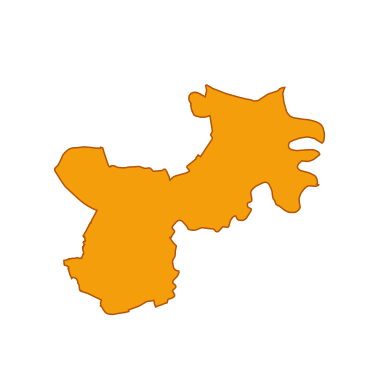 Crisan, Tulcea, Romania (orthographic projection), rotated 250°
{"feature_id": "2599482B40183957556605", "entity_name": "Crisan", "entity_type": "district", "adm_level": 2, "iso_a3": "ROU", "parent_name": "Romania", "parent_adm1": "Tulcea", "projection": "orthographic", "projection_center": [29.376, 45.1], "detail": "fine", "context": "isolated", "style": "filled", "palette": "amber", "viewbox_px": 384, "rotation_deg": 250, "n_neighbors": 0, "source": "geoboundaries", "source_scale": "gbopen_adm2", "svg_char_len": 5989}
<svg xmlns="http://www.w3.org/2000/svg" viewBox="0 0 384 384"><g transform="rotate(250 192 192)"><path d="M122.2,152.6L123.3,150.8L124.8,149.5L126.4,148.9L127.5,148.9L131.4,149.4L133.6,150.0L135.3,151.5L137.2,153.8L139.5,155.1L142.2,156.1L146.4,158.7L146.9,158.8L151.1,156.9L154.4,156.0L156.8,155.7L156.4,156.9L157.9,158.5L160.3,161.7L160.8,162.1L161.5,162.2L164.4,161.2L165.3,161.1L165.7,161.3L166.9,162.8L169.2,166.9L169.8,168.8L169.8,170.2L168.8,172.1L168.1,172.6L166.6,173.4L162.2,175.1L160.8,175.5L158.5,175.7L157.9,176.1L155.7,179.8L155.3,181.3L155.0,183.5L155.2,188.3L154.9,189.6L152.1,194.8L150.4,198.6L149.8,199.6L148.7,200.2L147.2,200.6L146.3,201.4L145.8,202.7L146.0,203.5L148.6,208.7L148.7,209.3L146.9,213.0L146.7,213.7L146.9,214.6L150.5,217.2L152.5,218.9L153.7,220.6L154.5,222.1L154.9,223.9L154.8,224.6L154.4,224.9L151.8,225.1L150.8,225.4L150.0,225.9L149.4,226.7L148.2,229.2L147.9,230.3L148.1,232.2L148.9,234.3L154.1,240.9L155.1,241.7L156.3,241.7L157.4,240.3L159.0,239.3L161.3,239.7L162.0,240.1L162.6,240.7L162.7,241.8L162.6,243.2L162.8,244.2L163.2,245.0L164.2,245.5L165.9,246.0L170.6,246.7L171.8,247.3L172.8,248.1L173.6,249.2L174.6,251.2L175.5,253.8L175.9,256.2L176.2,259.5L176.4,262.0L176.3,263.8L175.6,265.2L174.9,265.9L174.4,266.3L172.5,267.1L167.8,267.5L165.1,267.4L160.8,266.3L157.8,266.0L155.9,266.7L151.6,266.8L149.9,267.9L149.7,268.5L149.1,269.1L143.2,272.8L140.7,275.1L139.4,276.8L137.7,281.5L137.6,282.7L138.1,284.7L138.5,285.8L139.6,287.5L140.5,288.2L141.7,288.7L144.1,289.0L147.8,289.9L149.8,290.7L153.6,293.9L156.0,297.5L157.2,299.9L157.8,301.6L157.9,303.9L155.7,308.7L155.0,310.6L155.0,312.9L155.4,313.5L156.7,312.0L157.0,312.7L157.8,313.1L161.3,313.8L163.4,313.6L164.9,313.2L166.3,312.1L169.7,309.0L175.3,300.9L177.8,299.6L179.5,299.6L180.7,300.3L182.1,302.0L183.7,305.7L181.4,310.6L180.9,312.8L180.8,315.5L181.2,318.2L183.4,324.7L184.4,325.0L186.5,324.4L188.4,322.7L190.1,320.5L192.1,315.2L195.1,304.4L197.5,300.3L199.6,298.4L201.6,298.3L202.6,298.5L204.0,299.3L205.4,300.7L205.7,302.6L205.9,305.0L205.8,311.6L204.5,318.6L203.2,321.2L200.4,325.4L193.5,330.8L194.2,332.5L195.7,333.7L199.0,335.4L202.3,336.5L207.3,337.0L209.9,336.6L211.0,336.3L213.2,334.9L215.3,332.9L218.5,328.6L220.4,325.4L223.0,320.0L227.2,312.6L229.6,310.1L234.0,308.5L236.0,308.4L245.0,309.1L253.2,310.9L256.5,313.1L258.5,315.0L258.9,313.7L259.1,311.6L259.0,309.8L258.0,308.2L257.7,306.5L258.0,297.0L255.8,287.5L255.2,285.9L256.3,281.0L257.8,279.7L259.7,276.8L260.0,276.0L264.5,269.2L272.8,257.6L282.1,247.0L287.6,242.4L287.4,241.3L282.5,240.5L276.9,237.0L279.9,234.4L280.4,233.7L281.2,233.5L282.2,232.2L283.1,231.6L283.7,230.4L283.9,230.4L284.3,230.0L284.2,229.3L284.8,228.8L285.2,226.9L285.0,226.6L285.1,225.0L283.9,223.0L283.1,222.1L281.3,221.2L279.8,220.7L278.2,220.7L277.2,220.9L276.8,221.2L275.8,221.1L275.6,221.3L274.8,221.1L273.6,220.3L273.0,220.4L270.0,219.8L268.0,219.9L267.7,219.7L267.3,220.0L266.7,219.8L265.4,220.1L264.1,220.1L263.3,220.5L261.6,222.1L261.1,223.3L260.3,224.2L259.2,226.0L259.0,227.0L258.3,228.5L257.8,230.8L257.6,234.7L257.1,234.9L242.3,232.0L241.8,231.8L239.7,229.3L239.2,229.0L235.8,229.7L235.3,229.6L222.3,212.1L224.7,210.5L224.7,210.3L224.4,209.8L223.8,209.6L223.1,207.7L221.7,207.1L218.0,196.2L217.0,195.6L216.5,195.7L212.7,197.0L212.1,195.6L211.9,192.2L212.7,182.3L212.6,180.1L211.7,177.5L210.6,175.3L210.8,175.2L214.7,175.8L216.2,175.5L219.3,175.4L222.4,174.7L223.0,173.5L223.0,173.1L222.6,172.4L222.5,170.8L224.6,163.0L225.2,162.4L227.2,161.7L228.7,160.8L229.2,160.2L230.1,156.4L230.7,155.2L234.2,150.9L235.5,146.0L236.3,143.8L237.4,139.5L237.4,138.4L238.3,135.3L240.7,130.3L241.4,129.5L242.9,128.3L244.0,126.2L244.2,125.6L243.8,124.6L244.1,124.2L243.6,123.6L244.8,122.6L245.9,122.5L258.5,122.8L264.0,123.2L264.6,122.7L264.9,121.5L264.7,121.2L265.1,121.1L264.7,120.8L264.8,120.0L265.6,118.1L265.9,117.9L265.8,117.2L268.8,111.5L271.3,106.0L273.0,99.0L274.2,95.0L274.4,92.9L274.2,90.7L273.8,89.2L272.2,85.4L271.2,83.8L270.5,83.0L265.9,78.5L263.5,75.9L262.6,74.6L261.5,71.8L260.9,71.1L259.7,70.5L257.9,70.6L245.5,73.3L240.9,74.6L235.9,77.0L223.6,83.4L218.5,86.4L214.0,89.8L210.9,92.5L209.1,94.3L207.4,96.4L205.6,94.7L200.2,88.6L199.4,87.8L199.1,87.7L199.0,87.4L198.6,87.1L198.2,87.0L197.8,86.5L198.0,86.1L197.2,86.1L197.3,85.6L197.1,85.2L196.9,85.6L196.9,85.0L195.7,83.4L195.2,83.3L194.1,81.6L193.6,81.4L192.7,80.2L191.6,79.3L191.4,78.8L188.3,75.2L188.3,74.9L187.6,74.8L187.9,75.2L186.9,74.8L186.5,75.2L186.6,75.4L186.3,75.6L186.2,75.8L183.6,75.1L183.1,75.2L182.8,74.8L182.1,74.7L182.1,74.4L182.5,73.8L182.5,73.3L181.9,72.5L181.3,72.7L180.3,72.5L179.4,72.9L179.4,72.6L178.9,72.6L179.1,72.5L178.9,72.3L178.8,72.0L178.0,71.6L178.0,71.1L177.7,70.9L177.8,70.5L177.4,70.3L177.1,70.5L177.3,70.6L177.1,70.7L176.9,70.6L176.7,70.1L174.1,69.5L173.1,69.7L171.5,69.1L170.7,68.7L170.7,68.1L167.5,65.7L167.4,65.6L167.9,64.9L168.0,63.7L169.6,61.8L169.8,59.0L170.8,56.4L170.6,55.1L171.5,53.6L171.0,53.0L171.0,52.3L171.2,51.8L170.9,51.4L171.5,48.2L167.2,47.0L166.8,47.2L165.8,48.9L165.2,49.4L164.5,49.4L163.9,50.4L162.6,50.3L162.2,49.3L162.0,49.5L156.5,49.1L152.1,49.3L151.9,49.3L152.3,50.2L152.4,51.0L151.7,52.1L150.3,53.5L148.7,53.9L147.5,54.0L145.3,53.6L144.4,53.9L143.0,54.0L138.9,53.0L138.3,53.1L137.4,53.9L137.3,53.5L137.1,53.7L136.9,53.5L132.3,59.4L121.5,69.9L119.1,68.1L116.7,67.6L116.3,67.0L115.0,68.0L112.1,68.3L108.9,69.3L107.2,70.3L106.2,71.5L104.9,73.6L103.9,76.0L103.5,79.0L102.5,83.9L102.4,84.8L102.0,87.0L101.6,87.5L101.8,87.8L101.3,91.8L102.9,92.0L102.9,102.9L103.4,106.2L104.5,111.3L104.3,113.5L103.5,116.8L103.3,119.0L101.0,118.8L100.7,118.6L97.7,118.4L97.5,118.7L96.4,118.5L96.6,122.0L96.4,124.9L96.6,127.0L96.4,130.7L99.3,132.7L99.4,133.5L99.1,135.4L99.3,137.1L99.8,139.4L100.3,140.2L102.1,140.5L105.6,139.8L106.5,140.8L107.0,142.3L107.9,144.0L108.5,144.4L109.2,144.6L110.1,144.5L111.7,143.6L113.1,143.0L114.1,143.2L114.9,143.7L115.5,144.4L117.5,148.6L118.2,149.7L120.8,152.2L122.2,152.6Z" fill="#f59e0b" stroke="#b45309" stroke-width="1.5"/></g></svg>